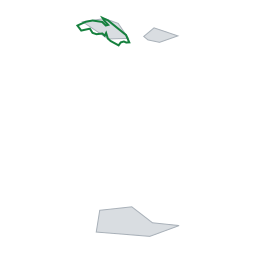 Saint Thomas on a map of United States Virgin Islands (Natural Earth projection), rotated 6°
{"feature_id": "VIR-4868", "entity_name": "Saint Thomas", "entity_type": "state/province", "adm_level": 1, "iso_a3": "VIR", "parent_name": "United States Virgin Islands", "parent_adm1": "", "projection": "natural_earth1", "projection_center": [-64.931, 18.346], "detail": "fine", "context": "in_parent", "style": "outline", "palette": "green", "viewbox_px": 256, "rotation_deg": 6, "n_neighbors": 0, "source": "natural_earth", "source_scale": "10m", "svg_char_len": 710}
<svg xmlns="http://www.w3.org/2000/svg" viewBox="0 0 256 256"><g transform="rotate(6 128 128)"><path d="M140.0,206.0L162.2,219.7L189.0,219.7L161.0,233.5L107.3,234.8L108.5,212.8L140.0,206.0ZM119.0,38.8L99.1,41.5L71.7,27.1L93.3,21.6L107.3,25.0L119.0,38.8ZM167.9,31.2L150.4,39.5L138.6,38.3L134.1,35.3L143.4,25.7L167.9,31.2Z" fill="#d9dde1" stroke="#a8b0b8" stroke-width="1"/><path d="M111.9,43.6L110.0,46.8L101.6,43.3L98.6,41.1L96.3,35.8L95.2,38.7L92.6,36.7L86.9,38.0L82.8,37.1L79.7,33.2L71.3,36.0L67.0,31.4L74.8,26.8L81.5,24.8L91.2,25.2L95.2,28.4L97.5,27.5L93.2,23.8L91.2,21.2L96.9,23.1L106.7,29.5L116.3,35.7L120.3,42.7L117.3,43.2L114.9,42.4L111.9,43.6Z" fill="none" stroke="#15803d" stroke-width="2"/></g></svg>